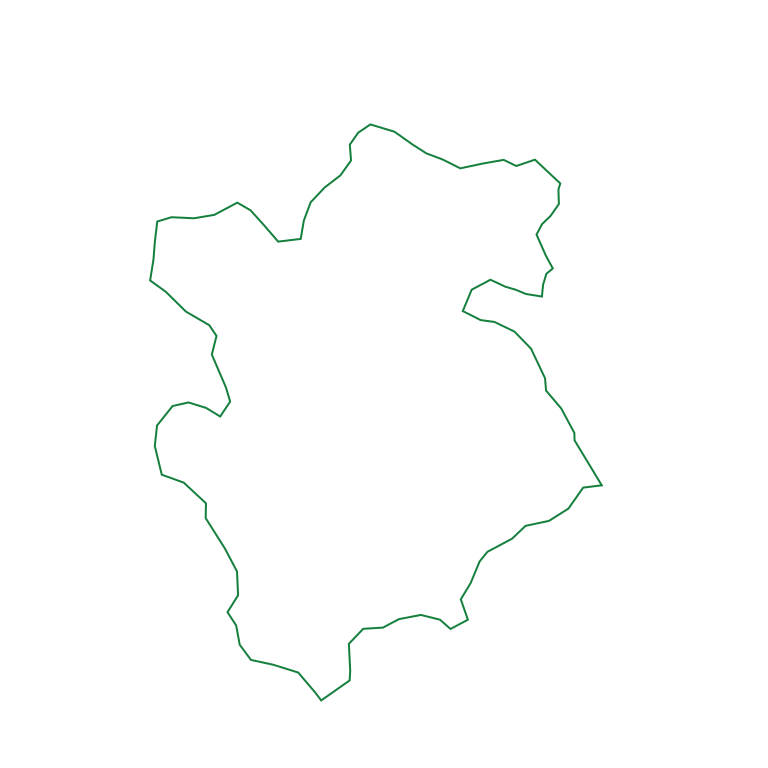 Hultsfred, Kalmar, Sweden (Albers equal-area conic projection), rotated 332°
{"feature_id": "70781695B5554293763510", "entity_name": "Hultsfred", "entity_type": "district", "adm_level": 2, "iso_a3": "SWE", "parent_name": "Sweden", "parent_adm1": "Kalmar", "projection": "albers", "projection_center": [15.84, 57.428], "detail": "fine", "context": "isolated", "style": "outline", "palette": "green", "viewbox_px": 768, "rotation_deg": 332, "n_neighbors": 0, "source": "geoboundaries", "source_scale": "gbopen_adm2", "svg_char_len": 1426}
<svg xmlns="http://www.w3.org/2000/svg" viewBox="0 0 768 768"><g transform="rotate(332 384 384)"><path d="M528.7,575.7L525.8,523.2L529.1,516.6L529.0,488.8L524.0,465.9L528.9,454.5L530.4,421.8L523.8,399.0L510.7,381.1L499.3,372.9L487.8,356.6L505.7,341.9L526.9,341.9L536.7,354.9L544.9,363.0L551.5,371.1L564.5,380.9L571.0,371.1L579.1,362.9L587.3,361.2L587.2,346.5L588.8,323.7L598.5,317.1L609.9,313.8L622.9,307.2L629.3,294.2L633.8,289.7L622.6,256.8L603.1,253.6L594.9,242.3L575.3,235.9L552.6,229.4L541.1,213.2L529.7,200.3L521.5,185.7L511.7,166.2L493.8,148.4L479.2,150.0L466.2,156.6L459.8,171.2L443.5,179.3L424.0,182.6L404.6,189.1L389.9,202.1L378.6,216.8L357.4,208.6L352.6,187.5L347.7,168.0L339.6,155.0L313.6,155.0L294.1,148.5L274.7,137.0L260.1,134.1L249.0,150.0L239.0,165.7L226.7,182.0L226.1,182.8L234.6,200.0L243.1,227.1L257.3,250.0L258.7,262.9L245.8,277.2L242.8,313.0L239.9,327.3L224.1,335.8L215.6,321.5L202.7,308.5L187.0,304.2L164.1,314.1L152.5,331.2L145.2,359.8L160.9,377.1L170.8,405.8L163.6,418.7L166.3,454.6L166.2,480.5L156.0,502.0L138.7,512.0L140.1,527.8L134.2,546.5L137.0,565.2L154.2,579.7L172.8,598.5L178.5,624.5L180.0,633.9L214.5,629.6L219.5,621.4L231.0,596.9L250.7,590.4L268.7,598.6L286.8,598.6L308.1,605.2L322.8,618.4L327.7,631.5L347.4,631.5L350.7,610.2L367.1,600.4L385.1,585.6L396.6,580.7L424.4,580.7L442.4,575.7L465.4,582.3L488.3,580.6L511.2,569.0L528.7,575.7Z" fill="none" stroke="#15803d" stroke-width="2"/></g></svg>